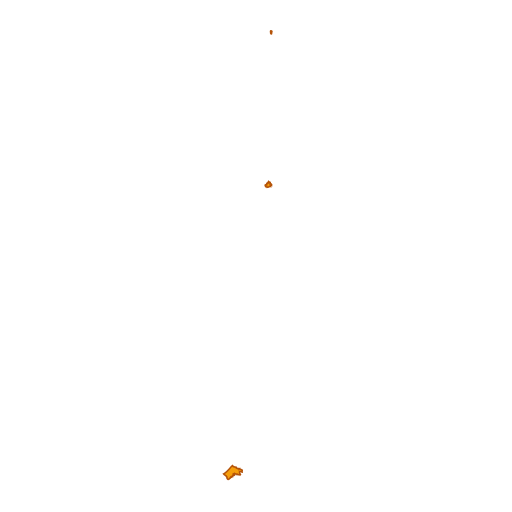 outline of Tecomán, Colima, Mexico, rotated 98°
{"feature_id": "50627088B37392390891999", "entity_name": "Tecomán", "entity_type": "district", "adm_level": 2, "iso_a3": "MEX", "parent_name": "Mexico", "parent_adm1": "Colima", "projection": "mercator", "projection_center": [-106.02, 18.727], "detail": "fine", "context": "isolated", "style": "filled", "palette": "amber", "viewbox_px": 512, "rotation_deg": 98, "n_neighbors": 0, "source": "geoboundaries", "source_scale": "gbopen_adm2", "svg_char_len": 3960}
<svg xmlns="http://www.w3.org/2000/svg" viewBox="0 0 512 512"><g transform="rotate(98 256 256)"><path d="M466.9,250.2L467.1,250.3L467.4,250.7L467.7,251.0L467.9,251.1L470.7,252.9L472.5,254.2L473.7,255.1L474.8,256.1L475.6,256.9L475.8,257.0L476.1,257.5L476.3,257.8L476.4,257.7L476.3,257.4L476.5,257.3L476.7,257.2L476.8,257.1L476.8,256.8L477.1,256.7L477.2,256.4L477.4,256.1L477.5,255.9L477.7,255.5L477.8,255.3L477.8,255.1L477.9,254.9L478.0,254.8L478.3,254.8L478.5,254.7L478.6,254.3L478.7,254.1L478.9,254.0L479.1,254.0L479.3,253.8L479.6,253.8L479.8,253.9L480.1,253.7L480.4,253.6L480.5,253.4L480.8,253.2L481.1,252.8L481.1,252.7L481.1,252.2L480.9,251.8L479.9,251.2L479.8,250.8L479.2,250.4L479.1,250.6L478.9,250.5L478.4,250.3L478.1,250.1L478.4,249.4L478.2,249.3L478.0,249.2L477.7,249.1L477.8,249.0L477.4,248.9L477.4,248.6L477.2,248.6L476.7,248.1L476.7,248.3L476.8,248.3L476.7,248.4L476.8,248.5L476.7,248.3L476.4,248.5L476.2,248.6L476.3,248.5L476.3,248.4L476.2,247.9L475.9,248.2L475.1,248.2L475.3,247.7L475.2,247.7L475.1,247.8L475.0,248.0L474.9,248.0L474.8,247.9L475.0,247.7L475.3,247.3L475.8,246.7L475.4,246.6L475.3,246.9L474.8,246.8L475.1,246.6L474.5,246.2L474.7,245.3L474.7,245.1L474.6,244.4L475.1,244.4L475.0,243.5L475.0,243.4L475.1,243.2L475.0,242.7L475.0,242.4L474.9,242.0L474.9,241.8L475.0,241.6L475.1,241.4L474.8,241.3L474.8,241.2L474.5,241.0L474.4,241.1L474.2,241.2L474.3,241.4L474.4,241.5L474.5,241.7L474.5,241.8L474.3,241.8L472.2,242.3L471.7,242.3L471.6,240.9L471.4,240.6L471.7,240.8L471.8,240.6L471.9,239.7L471.6,239.8L471.1,240.0L470.9,239.9L470.7,239.6L470.5,239.4L470.4,239.2L470.4,239.3L470.3,239.5L470.1,239.7L470.1,239.8L469.9,239.9L469.9,240.1L470.0,240.2L469.9,240.3L469.7,240.6L469.7,240.9L469.5,241.1L469.4,241.4L469.3,241.7L469.2,241.8L469.2,242.2L469.2,242.3L469.1,242.8L469.2,242.7L469.4,242.9L469.2,242.9L469.3,243.0L469.1,243.6L469.1,243.8L469.1,244.0L469.2,243.9L469.2,244.1L469.2,244.5L469.0,245.0L468.9,245.3L468.9,245.6L468.9,245.8L468.8,246.0L468.6,246.1L468.3,246.1L468.2,246.1L467.9,246.2L467.9,246.3L468.1,246.5L467.9,246.8L468.0,246.9L468.0,247.1L468.0,247.3L468.0,247.8L467.9,247.9L467.8,248.1L467.7,248.3L467.7,248.5L467.8,248.7L467.7,248.8L467.7,249.0L467.7,249.4L467.5,249.6L467.4,249.7L467.3,249.8L467.1,249.7L467.0,249.8L466.9,250.0L467.0,250.0L466.9,250.2ZM183.3,250.6L183.5,250.4L183.2,250.4L183.1,250.5L182.9,250.7L182.8,250.9L182.8,251.0L182.7,251.0L182.4,251.2L182.4,251.4L182.5,251.5L182.4,251.6L182.3,251.8L182.2,252.0L182.3,252.1L182.2,252.1L181.7,252.1L181.6,252.4L181.2,252.3L181.2,252.5L180.9,252.6L180.7,252.5L180.8,252.6L181.0,252.7L180.9,252.8L180.9,253.1L181.0,253.2L181.1,253.3L181.0,253.5L180.9,253.5L180.6,253.7L180.6,253.9L180.5,254.0L180.8,254.1L180.8,253.9L181.1,253.9L181.3,253.8L181.4,254.0L181.5,254.2L181.6,254.3L181.8,254.3L181.8,254.6L182.0,254.8L182.1,254.7L182.1,254.9L182.1,255.0L182.3,255.1L182.5,255.3L182.8,255.0L183.1,255.2L183.2,255.3L183.3,255.3L183.2,255.4L183.3,255.5L183.6,255.5L183.8,255.5L184.0,255.6L184.2,255.8L184.2,256.0L184.3,255.9L184.4,256.1L184.6,256.2L184.5,256.3L184.5,256.5L184.8,256.6L184.8,256.4L185.0,256.5L185.2,256.4L185.2,256.2L185.7,256.3L185.8,256.2L186.0,256.1L186.0,255.9L186.1,255.6L186.1,255.3L186.2,255.1L186.1,254.9L186.0,254.7L186.0,254.4L186.2,254.2L186.3,254.2L186.2,254.0L186.2,253.9L186.1,253.5L186.1,253.3L185.9,253.0L185.7,252.9L185.6,252.7L185.5,252.4L185.4,252.4L185.2,252.3L185.2,252.2L185.2,251.9L185.2,251.7L185.1,251.8L185.0,251.7L184.9,251.5L184.7,251.6L184.4,251.5L184.4,251.4L184.3,251.2L184.2,251.2L184.0,250.9L183.8,251.0L183.7,250.9L183.7,250.7L183.3,250.7L183.3,250.6ZM32.2,271.6L31.9,271.4L31.7,271.4L31.4,271.6L31.2,271.6L31.0,271.8L30.9,272.3L30.9,272.6L31.0,272.8L31.6,272.7L31.8,272.7L32.2,272.5L32.3,272.7L32.5,272.5L32.9,272.4L33.1,272.4L33.3,272.5L33.5,272.4L33.9,272.1L34.0,271.9L34.0,271.7L33.8,271.5L33.6,271.5L33.4,271.6L33.1,271.6L32.9,271.6L32.4,271.7L32.2,271.6Z" fill="#f59e0b" stroke="#b45309" stroke-width="1.5"/></g></svg>